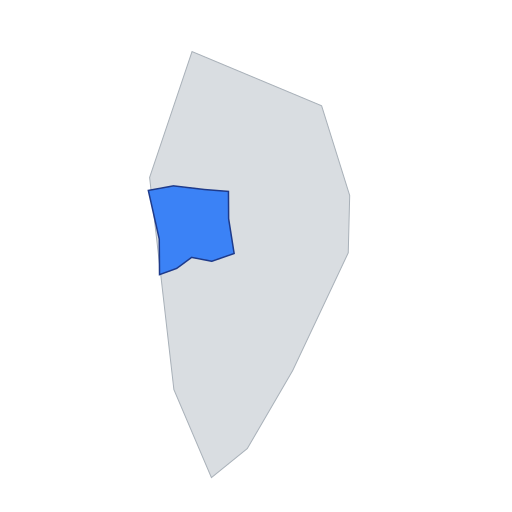 Praslin on a map of Saint Lucia (Mercator projection), rotated 171°
{"feature_id": "LCA-5084", "entity_name": "Praslin", "entity_type": "Quarter", "adm_level": 1, "iso_a3": "LCA", "parent_name": "Saint Lucia", "parent_adm1": "", "projection": "mercator", "projection_center": [-60.926, 13.871], "detail": "fine", "context": "in_parent", "style": "filled", "palette": "blue", "viewbox_px": 512, "rotation_deg": 171, "n_neighbors": 0, "source": "natural_earth", "source_scale": "10m", "svg_char_len": 507}
<svg xmlns="http://www.w3.org/2000/svg" viewBox="0 0 512 512"><g transform="rotate(171 256 256)"><path d="M348.8,350.2L287.2,467.9L167.7,394.1L154.0,301.1L164.4,244.7L237.7,137.1L294.7,67.2L334.7,44.1L358.0,136.9L348.8,350.2Z" fill="#d9dde1" stroke="#a8b0b8" stroke-width="1"/><path d="M354.2,252.7L348.9,287.8L352.1,337.6L326.6,338.2L296.4,329.7L273.1,324.1L277.2,297.2L277.2,285.9L277.2,261.9L300.5,257.7L319.8,264.7L336.2,256.2L354.2,252.7Z" fill="#3b82f6" stroke="#1e3a8a" stroke-width="1.5"/></g></svg>